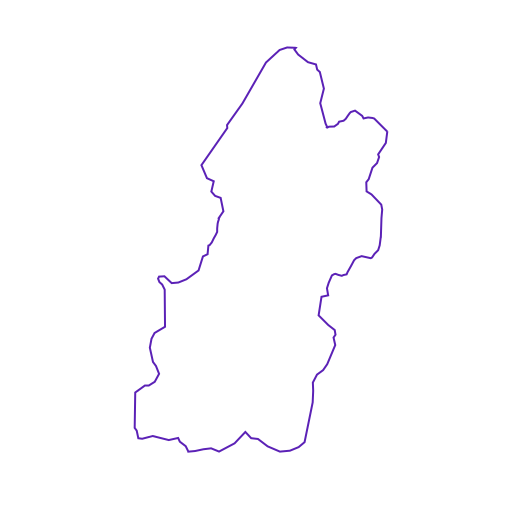 Fria, Fria, Guinea (Robinson projection), rotated 348°
{"feature_id": "49546643B99930178329351", "entity_name": "Fria", "entity_type": "district", "adm_level": 2, "iso_a3": "GIN", "parent_name": "Guinea", "parent_adm1": "Fria", "projection": "robinson", "projection_center": [-13.565, 10.528], "detail": "fine", "context": "isolated", "style": "outline", "palette": "violet", "viewbox_px": 512, "rotation_deg": 348, "n_neighbors": 0, "source": "geoboundaries", "source_scale": "gbopen_adm2", "svg_char_len": 2003}
<svg xmlns="http://www.w3.org/2000/svg" viewBox="0 0 512 512"><g transform="rotate(348 256 256)"><path d="M149.1,433.3L155.9,434.1L164.4,434.1L172.1,434.8L179.2,439.6L196.1,434.8L209.0,425.9L213.4,433.2L219.9,435.4L227.8,444.6L238.7,452.3L248.7,453.5L258.0,451.8L264.8,448.2L281.0,411.0L283.9,399.8L285.3,391.6L291.0,384.7L297.9,381.6L303.2,376.6L315.0,359.6L314.9,351.9L317.4,349.5L317.6,344.8L312.3,338.5L304.9,327.1L311.6,309.5L318.4,309.5L318.7,302.3L321.6,297.2L326.2,290.8L328.7,290.0L330.1,290.0L332.6,291.6L335.8,293.2L337.6,292.8L340.8,292.8L342.2,290.8L346.8,285.6L351.1,280.5L353.6,278.9L359.3,278.1L367.8,282.0L369.2,281.6L372.4,278.5L376.7,275.7L379.2,271.3L381.9,263.6L382.0,263.6L382.1,263.3L386.6,245.0L389.1,236.8L389.2,231.8L381.8,219.8L377.6,215.8L379.2,206.8L382.2,204.3L388.3,193.8L393.7,190.3L397.0,184.8L396.6,182.0L406.5,172.4L410.4,161.3L410.3,161.5L410.2,161.5L400.2,146.1L398.6,145.2L394.4,143.8L389.8,143.8L389.0,141.0L383.1,134.4L378.6,134.9L377.3,135.8L375.2,137.7L372.3,140.5L369.8,141.9L365.2,141.9L363.6,143.8L359.4,145.6L354.4,144.7L352.3,145.2L352.0,144.9L352.4,144.5L351.6,141.0L350.6,119.9L357.2,106.4L356.7,89.3L354.6,86.4L354.5,81.1L347.1,77.2L339.1,67.7L336.5,62.0L338.2,60.7L337.7,60.5L329.8,58.5L321.9,59.4L306.0,68.8L274.4,104.0L254.9,121.9L254.5,124.9L221.5,155.8L224.2,169.7L230.2,174.1L225.7,183.7L228.5,188.7L233.5,191.8L233.4,205.5L227.6,211.0L227.8,211.1L227.7,211.2L227.3,212.4L225.9,214.8L225.2,216.4L223.8,220.8L223.0,224.4L220.9,227.1L218.4,229.9L215.6,233.5L212.9,235.7L211.6,235.9L209.0,244.2L204.0,245.4L196.8,258.2L183.1,264.3L174.5,265.8L167.9,265.0L162.2,256.8L156.9,256.0L155.5,257.8L156.1,261.4L158.3,264.4L159.7,269.9L152.3,306.3L140.8,310.2L136.6,315.2L133.1,323.6L133.2,338.2L135.3,342.8L136.7,351.1L130.8,358.0L124.2,360.4L120.4,359.6L109.5,364.4L101.6,398.9L103.0,402.0L103.0,409.8L106.7,411.1L117.5,410.6L132.4,417.9L142.0,417.8L142.9,421.8L147.7,427.4L149.1,433.0L149.1,433.3Z" fill="none" stroke="#5b21b6" stroke-width="2"/></g></svg>